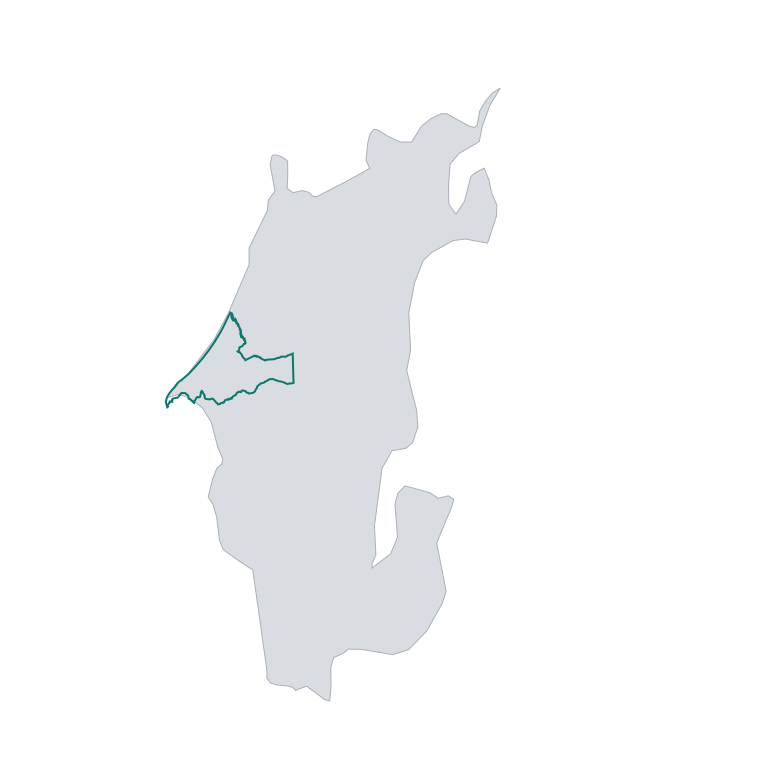 Pococi, Limón, Costa Rica (highlighted), rotated 242°
{"feature_id": "36466004B96368575688704", "entity_name": "Pococi", "entity_type": "district", "adm_level": 2, "iso_a3": "CRI", "parent_name": "Costa Rica", "parent_adm1": "Limón", "projection": "albers", "projection_center": [-83.671, 10.502], "detail": "fine", "context": "in_parent", "style": "outline", "palette": "teal", "viewbox_px": 768, "rotation_deg": 242, "n_neighbors": 0, "source": "geoboundaries", "source_scale": "gbopen_adm2", "svg_char_len": 7584}
<svg xmlns="http://www.w3.org/2000/svg" viewBox="0 0 768 768"><g transform="rotate(242 384 384)"><path d="M638.3,392.5L637.5,395.4L634.8,398.4L631.1,401.4L626.1,403.5L614.0,397.3L602.1,390.3L595.6,393.6L593.1,402.7L588.7,407.5L583.2,409.3L581.0,412.4L580.6,443.4L581.0,472.6L590.1,473.2L605.1,483.3L611.5,489.2L613.6,494.8L611.7,497.5L600.7,503.9L590.1,511.9L584.7,522.0L594.1,538.2L596.2,549.2L595.9,560.8L593.3,566.3L572.5,579.6L568.0,584.3L568.6,587.6L580.1,596.7L585.6,605.6L590.1,616.2L590.7,625.5L580.3,608.3L565.8,592.0L553.3,581.9L552.3,558.4L547.2,545.6L528.3,533.8L512.2,525.6L500.2,527.3L507.5,540.8L526.5,558.2L527.8,564.8L527.5,573.8L514.5,572.4L502.9,568.8L488.9,567.6L479.6,562.3L459.8,541.6L473.8,523.9L478.2,512.3L477.8,488.2L474.6,476.5L459.3,458.8L435.1,439.2L401.2,423.3L385.3,410.4L345.6,400.5L330.5,393.9L318.8,381.8L317.0,373.1L321.3,359.7L310.4,342.6L263.3,309.0L236.9,296.6L231.3,289.3L227.1,287.1L231.0,310.2L242.5,324.1L272.6,337.2L280.9,344.8L284.2,354.7L266.6,373.4L257.7,378.2L255.0,388.4L249.3,391.5L243.3,385.6L218.9,355.9L171.7,341.5L163.2,332.8L145.8,305.7L137.9,281.0L140.9,264.7L160.5,239.2L166.6,228.1L165.4,221.3L166.1,211.2L158.9,204.1L141.0,194.8L129.7,187.3L132.8,183.7L153.4,173.9L154.8,165.0L154.7,162.1L158.1,161.4L161.1,159.1L162.9,156.6L168.6,148.1L173.5,143.3L179.1,142.5L186.0,146.1L211.8,155.5L240.5,166.0L281.4,180.8L298.4,171.5L313.0,164.4L323.2,165.4L345.2,173.8L358.4,176.5L366.6,175.7L380.6,188.0L388.3,197.2L389.6,203.3L393.9,206.6L404.8,207.3L431.7,213.6L448.1,212.4L463.0,205.8L471.2,197.9L473.8,185.5L477.6,191.6L482.0,201.3L484.0,213.7L503.3,255.3L518.7,278.6L552.6,320.9L567.3,328.6L592.1,362.6L600.6,368.2L605.5,378.3L631.2,386.5L638.3,392.5Z" fill="#d9dde1" stroke="#a8b0b8" stroke-width="1"/><path d="M517.2,278.7L516.5,278.0L512.4,272.4L509.3,268.1L506.3,263.6L500.6,254.0L496.2,245.5L492.0,236.2L490.3,232.1L486.9,223.2L486.5,221.7L485.4,218.6L484.3,214.9L482.4,206.2L482.6,205.6L481.9,202.8L479.1,196.9L478.3,194.2L476.4,189.9L475.3,187.9L474.1,186.2L472.8,184.8L471.4,183.7L470.3,182.9L468.5,182.4L467.0,182.1L465.8,182.0L465.3,181.8L465.5,182.7L466.0,182.6L466.5,182.6L466.9,183.0L467.2,184.0L467.7,184.6L468.0,185.5L468.4,185.8L468.7,186.4L469.2,186.7L469.1,187.0L468.8,187.1L468.5,186.6L468.3,186.5L468.3,186.8L468.6,187.2L468.6,187.8L468.2,188.2L467.8,188.4L467.7,188.6L468.3,188.8L468.7,189.4L469.6,189.5L469.9,189.7L470.1,189.9L469.9,190.5L470.1,191.0L470.0,191.8L469.5,193.4L469.1,194.6L468.9,194.9L468.8,195.3L469.5,197.2L470.0,197.8L470.0,198.6L470.2,198.8L470.3,199.2L470.7,199.6L471.0,200.4L471.1,200.9L471.0,201.3L470.3,202.3L470.1,202.9L469.4,204.1L469.1,204.3L468.0,204.6L466.5,205.4L465.7,205.7L465.3,205.7L464.5,205.3L463.8,204.8L463.3,204.7L462.6,204.7L462.3,204.9L461.8,205.4L461.1,205.9L460.0,206.1L459.1,206.5L457.8,206.8L456.4,207.5L456.7,207.8L457.3,208.1L458.1,208.4L458.1,209.4L459.3,211.0L460.0,212.2L460.1,213.4L459.3,214.0L458.9,214.8L458.9,215.2L459.7,216.3L460.9,217.1L461.2,217.5L462.6,218.4L463.4,219.7L463.4,220.0L463.1,220.1L461.5,220.1L460.7,219.9L459.3,220.3L458.2,220.3L457.5,219.7L457.1,219.6L456.6,219.7L455.9,219.3L455.1,219.3L454.3,219.9L453.7,220.7L453.5,221.2L452.9,221.7L452.7,222.1L452.7,222.5L452.0,223.3L452.0,223.7L452.0,224.9L451.5,225.8L450.6,226.1L450.3,226.4L448.6,226.5L448.4,226.6L448.0,227.0L447.3,226.9L447.0,227.1L446.5,227.1L446.0,227.4L445.7,227.4L445.3,227.8L443.9,227.8L443.7,228.7L443.4,229.3L443.4,229.6L443.6,229.9L443.7,231.2L443.1,232.7L443.1,233.1L443.3,233.5L443.2,233.7L442.9,233.6L442.9,234.0L443.4,234.6L443.5,235.2L444.2,235.9L444.1,236.4L444.2,237.0L444.0,237.9L443.6,238.3L443.7,238.8L443.3,239.0L443.4,239.4L443.7,239.7L443.4,239.8L442.9,240.7L443.0,241.3L442.7,242.3L443.4,242.3L443.3,242.8L442.8,243.1L443.1,243.7L443.5,244.0L443.8,244.3L443.9,244.9L443.9,245.6L444.0,246.1L443.9,246.9L444.0,247.5L443.9,248.2L445.1,249.5L445.0,250.6L445.4,251.0L445.2,251.6L445.2,252.5L445.0,252.8L444.2,253.4L444.0,254.0L444.9,255.1L444.9,256.0L443.9,256.9L443.4,257.8L442.9,258.3L442.4,258.5L441.2,258.5L440.9,258.6L440.3,259.7L439.5,259.9L439.0,260.2L438.4,261.9L437.7,264.4L437.7,265.5L438.2,266.9L439.0,267.5L439.4,268.4L439.7,268.6L439.9,269.6L441.3,270.8L441.9,273.1L442.0,274.1L442.2,274.4L442.4,275.2L441.9,276.8L441.9,277.6L441.6,278.2L441.6,279.0L441.9,279.7L441.7,281.8L441.9,283.5L442.1,283.9L441.9,284.6L441.9,285.7L441.4,286.3L440.5,288.2L439.9,288.9L438.6,289.8L437.3,291.0L436.8,291.7L436.0,292.2L434.7,294.1L433.3,295.6L432.7,295.9L432.4,296.2L431.7,297.0L430.0,298.0L429.9,298.3L429.3,298.8L429.2,299.4L429.0,299.8L429.0,300.1L428.8,300.4L428.8,301.1L428.1,302.1L427.4,304.6L453.6,317.6L453.5,316.9L453.7,316.4L453.7,315.9L454.0,315.3L454.1,314.5L454.0,313.7L454.4,312.6L454.4,312.1L454.2,311.8L454.1,310.6L454.2,310.2L454.7,309.1L455.0,308.9L455.3,308.3L455.6,307.3L456.2,306.6L456.4,306.2L456.4,305.6L456.2,305.1L456.5,304.4L456.4,303.2L456.7,302.6L457.0,302.3L457.1,302.0L457.1,301.7L457.2,301.1L457.1,300.8L457.3,299.6L457.4,298.8L457.7,298.3L457.8,297.8L458.1,297.1L458.6,296.3L458.7,295.8L459.1,294.9L459.6,294.1L459.6,293.7L459.9,293.2L460.1,292.6L460.5,292.1L460.4,291.5L460.7,290.5L460.7,290.2L461.0,290.0L460.9,289.8L461.1,289.7L462.7,288.6L463.1,288.1L464.4,287.5L464.6,287.3L465.0,287.4L465.0,287.0L465.4,286.7L465.7,286.8L465.9,286.7L466.2,286.6L466.3,286.3L467.0,286.0L467.1,285.7L467.3,285.4L467.8,285.4L468.0,285.0L467.8,284.6L467.9,284.4L468.7,284.5L468.9,284.4L468.9,283.8L469.2,283.5L468.9,283.3L469.0,283.1L469.3,282.9L469.6,282.8L469.7,283.0L470.0,282.5L469.9,282.0L470.0,277.8L470.1,272.7L472.0,272.8L472.3,272.7L473.0,272.1L474.7,272.0L475.3,272.1L475.6,271.9L477.2,272.1L478.2,271.9L478.8,271.6L479.3,271.6L479.9,271.5L480.6,270.4L480.8,270.2L481.2,270.1L481.1,270.4L481.7,271.0L481.8,271.4L482.4,272.4L483.2,272.9L483.6,273.0L484.0,273.3L484.2,273.7L484.1,275.1L483.9,275.6L484.1,277.1L484.3,277.6L484.5,277.9L484.8,278.5L485.2,279.1L484.8,280.5L484.9,280.8L485.2,281.1L485.4,281.0L486.5,281.0L486.9,281.4L487.6,281.3L488.2,281.1L488.7,281.2L488.6,281.5L489.3,281.3L489.5,281.7L489.7,281.2L490.1,281.1L490.3,281.2L490.2,281.5L490.3,281.6L491.7,281.5L491.7,281.3L491.2,281.3L491.3,281.1L491.7,280.9L492.0,280.5L492.2,280.8L492.7,280.7L492.2,280.3L492.7,279.9L492.8,280.0L492.8,280.3L493.3,280.2L493.5,280.3L493.5,281.0L493.7,281.3L493.8,281.2L493.9,280.8L494.0,280.6L494.9,280.5L494.9,281.0L495.5,281.1L495.5,281.4L495.6,281.5L495.9,281.5L495.9,281.1L496.1,281.1L496.2,281.6L496.5,281.8L496.6,281.6L496.6,281.4L496.2,281.1L496.6,281.1L496.8,281.2L497.0,281.8L497.7,282.0L497.8,282.3L498.2,282.2L498.3,282.4L498.6,282.6L498.6,282.2L499.0,282.3L499.1,282.2L499.3,282.2L499.5,282.2L499.5,282.7L500.0,282.7L500.5,282.6L500.9,282.8L501.8,282.8L501.9,283.0L502.3,283.0L502.8,282.8L503.3,282.8L503.9,282.4L504.0,282.5L504.2,282.9L504.6,283.0L504.7,283.3L505.0,283.4L505.1,283.2L505.5,283.2L505.9,283.0L506.4,282.9L506.6,282.5L506.9,283.0L507.2,282.9L507.6,282.7L507.9,282.9L508.2,282.7L508.9,283.1L509.9,283.2L509.2,282.6L509.5,282.6L510.2,282.8L510.2,282.2L509.9,281.9L510.2,281.7L511.0,281.7L510.8,281.0L511.1,280.5L511.8,280.6L511.5,281.6L511.5,281.9L511.6,282.0L511.7,281.8L511.7,281.4L512.5,280.6L512.8,280.7L513.2,281.4L513.5,280.5L513.8,280.5L514.0,280.6L514.1,280.9L514.0,281.6L514.1,281.8L514.7,281.6L515.0,281.0L515.6,281.0L515.8,281.3L515.6,281.9L516.0,281.8L516.2,282.1L516.0,282.4L516.0,282.7L516.6,282.8L517.3,282.5L517.6,282.8L517.8,282.8L517.9,282.6L517.8,282.0L517.8,281.9L518.3,281.8L518.8,282.0L519.1,282.0L519.3,281.8L518.3,281.0L517.2,278.7Z" fill="none" stroke="#0f766e" stroke-width="2"/></g></svg>